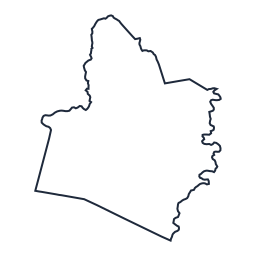 Tanhaçu, Bahia, Brazil (Albers equal-area conic projection)
{"feature_id": "56859067B85433872585656", "entity_name": "Tanhaçu", "entity_type": "district", "adm_level": 2, "iso_a3": "BRA", "parent_name": "Brazil", "parent_adm1": "Bahia", "projection": "albers", "projection_center": [-41.159, -14.129], "detail": "fine", "context": "isolated", "style": "outline", "palette": "slate", "viewbox_px": 256, "rotation_deg": 0, "n_neighbors": 0, "source": "geoboundaries", "source_scale": "gbopen_adm2", "svg_char_len": 3408}
<svg xmlns="http://www.w3.org/2000/svg" viewBox="0 0 256 256"><path d="M170.6,240.6L171.0,238.8L172.0,236.7L172.4,235.0L173.1,233.7L175.1,231.8L177.5,230.9L178.8,229.7L179.0,228.0L178.6,226.5L176.9,225.7L174.9,224.2L173.3,222.9L173.7,221.1L174.0,219.1L175.5,217.9L178.0,217.0L178.6,215.6L179.5,213.2L178.0,211.2L177.4,208.8L177.8,206.2L178.0,204.3L178.6,202.9L180.3,202.1L182.1,200.6L183.6,199.7L185.6,199.0L187.2,198.1L188.3,196.2L188.8,194.1L190.0,192.2L191.0,190.5L192.5,190.2L194.0,189.8L194.8,188.1L196.0,187.0L197.5,186.1L198.7,185.0L200.2,183.9L202.3,183.3L203.9,183.2L205.3,183.5L206.9,184.4L208.9,183.9L208.7,181.0L207.9,179.4L206.3,179.5L204.7,179.7L202.9,179.3L201.5,178.2L200.2,177.9L199.3,176.5L199.5,174.7L201.0,173.9L202.5,172.4L204.0,171.3L205.6,170.8L206.9,170.6L208.3,170.8L209.8,171.1L212.2,171.3L214.0,172.1L215.1,170.7L215.6,168.6L216.6,167.8L217.3,166.6L216.6,165.4L215.8,164.0L215.5,162.1L214.7,160.3L212.7,159.0L212.0,157.2L212.5,155.9L214.2,154.9L213.5,153.5L214.3,151.9L215.8,151.6L217.7,151.8L219.1,151.7L220.4,150.3L220.5,148.2L219.9,145.9L218.4,144.4L216.3,142.9L214.2,142.5L212.7,144.2L211.1,144.9L209.3,144.0L206.5,144.2L204.3,143.9L202.7,142.9L202.1,141.2L203.1,140.1L204.2,139.2L203.7,137.6L202.5,136.4L202.6,134.9L204.1,134.5L205.9,134.5L207.4,134.6L209.3,134.7L211.1,133.3L210.7,131.1L212.4,130.6L213.7,129.7L214.0,127.8L213.7,126.4L212.2,125.7L210.6,125.0L209.7,123.2L210.1,120.7L210.7,118.9L210.0,116.8L209.7,114.3L209.3,111.9L211.3,111.3L212.9,110.7L213.8,109.6L213.8,107.8L212.9,106.4L211.1,103.9L210.2,101.8L211.1,100.2L212.7,99.7L215.1,100.1L216.9,100.2L219.2,99.9L220.7,98.9L220.4,97.3L219.5,95.9L218.3,94.4L216.1,93.9L214.1,93.4L213.3,91.9L214.4,90.4L216.7,88.9L214.3,88.2L212.8,88.3L211.0,88.9L208.8,89.1L207.3,89.9L189.5,79.2L178.2,81.1L164.9,83.4L158.9,64.5L157.7,61.6L156.6,59.5L156.0,56.9L155.1,55.1L153.7,54.1L152.8,52.5L150.6,51.0L148.3,51.3L146.8,50.4L145.1,50.3L143.7,50.4L142.4,50.9L141.5,49.6L140.9,48.2L140.4,46.2L139.5,44.6L139.4,43.1L139.9,41.3L140.3,39.7L139.8,38.1L137.5,38.7L135.1,39.1L132.2,36.0L123.2,26.0L121.1,23.6L120.1,22.3L119.2,21.0L117.8,20.2L116.7,19.4L115.1,18.6L113.6,17.6L112.8,16.1L111.1,15.4L109.3,15.8L107.9,16.4L106.8,17.7L105.5,18.7L104.0,18.3L102.3,18.8L100.1,19.5L98.4,19.9L97.0,21.3L95.4,23.8L94.2,26.2L92.9,27.8L91.8,28.9L92.1,30.3L92.4,31.6L92.3,33.4L91.3,34.8L91.6,36.8L91.8,39.0L91.9,40.5L92.3,41.9L92.4,43.3L92.1,44.6L91.8,46.4L92.5,47.9L91.4,48.7L91.4,50.1L91.1,51.7L90.9,53.4L90.0,54.8L91.1,56.9L91.6,58.3L90.8,59.6L88.4,60.5L87.3,61.4L85.4,63.0L84.6,64.4L83.7,65.8L84.1,67.8L84.9,70.4L86.0,72.0L85.5,74.5L85.1,76.5L85.2,78.4L86.5,80.5L88.3,81.0L87.9,83.2L88.6,85.2L88.5,86.9L88.5,88.8L87.0,88.7L85.7,90.3L87.5,91.8L87.8,93.9L89.7,95.6L90.3,97.2L89.9,99.1L89.5,100.9L91.1,102.1L89.7,104.0L89.1,106.0L88.4,107.3L87.3,108.8L85.8,110.0L83.9,109.0L82.6,107.8L81.6,106.3L79.7,106.0L77.6,107.6L75.8,108.3L74.0,107.3L72.0,107.6L70.7,109.2L69.4,110.7L67.6,111.1L65.3,111.1L63.5,110.8L61.8,110.6L60.0,110.7L57.2,111.4L54.9,112.6L52.7,114.4L50.4,115.5L48.6,115.6L47.2,115.4L45.3,115.2L43.6,115.9L42.5,117.6L42.2,119.0L41.6,120.5L41.7,122.6L43.4,124.3L44.7,125.2L46.3,126.2L48.6,126.8L50.2,128.1L51.0,130.0L49.1,138.5L38.0,180.6L35.7,189.2L35.3,190.8L39.1,191.5L41.3,191.8L55.9,194.3L59.0,194.9L61.4,195.2L84.2,199.2L96.9,205.1L114.8,213.9L124.6,218.7L161.4,236.5L170.6,240.6Z" fill="none" stroke="#1e293b" stroke-width="2"/></svg>